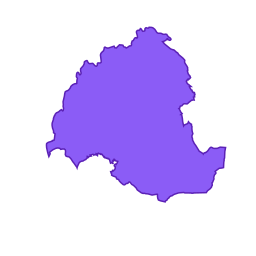 the district of Yahualica, Hidalgo, Mexico, rotated 159°
{"feature_id": "50627088B30826569642234", "entity_name": "Yahualica", "entity_type": "district", "adm_level": 2, "iso_a3": "MEX", "parent_name": "Mexico", "parent_adm1": "Hidalgo", "projection": "robinson", "projection_center": [-98.388, 20.92], "detail": "fine", "context": "isolated", "style": "filled", "palette": "violet", "viewbox_px": 256, "rotation_deg": 159, "n_neighbors": 0, "source": "geoboundaries", "source_scale": "gbopen_adm2", "svg_char_len": 5795}
<svg xmlns="http://www.w3.org/2000/svg" viewBox="0 0 256 256"><g transform="rotate(159 128 128)"><path d="M53.0,56.8L50.9,61.6L49.7,63.6L49.5,64.4L48.6,65.4L46.0,71.4L43.9,74.8L48.8,77.1L52.0,77.0L53.5,77.6L54.3,77.8L55.6,78.5L56.9,80.0L57.5,80.3L58.5,80.1L60.1,79.2L61.5,78.2L62.9,77.6L63.7,77.3L64.5,77.4L64.8,77.2L65.3,77.4L65.8,77.4L66.6,77.1L67.0,76.8L67.0,77.1L69.8,80.8L71.0,87.3L71.7,89.8L71.9,92.5L72.1,93.2L71.5,95.4L71.6,96.3L71.3,97.2L71.0,98.0L69.5,99.4L69.3,101.6L69.1,102.7L68.4,105.1L67.8,106.2L67.8,108.2L67.4,108.7L68.7,110.5L69.1,111.1L69.2,111.9L69.3,112.2L70.5,110.9L71.3,110.7L73.7,110.7L74.3,110.6L74.9,110.3L75.3,110.0L74.7,114.2L73.8,117.5L73.2,120.7L73.3,121.2L73.8,121.5L72.3,122.0L73.0,123.9L73.3,127.4L73.5,127.9L72.7,127.9L71.9,129.1L71.3,129.7L69.8,129.4L68.0,130.4L67.1,130.5L66.5,130.4L64.2,129.3L63.1,129.6L62.2,130.0L58.8,131.1L56.7,130.7L56.2,130.4L55.8,133.4L54.6,133.2L54.3,134.9L53.6,135.8L53.5,135.7L53.3,137.3L53.9,137.9L54.2,137.9L54.4,137.7L54.9,138.7L54.7,140.4L55.3,140.8L55.7,142.8L55.9,144.7L55.8,144.8L54.3,144.2L54.6,144.8L55.3,145.7L55.4,146.2L55.8,146.7L56.5,147.9L56.8,149.0L56.9,150.3L56.8,150.6L56.5,150.7L56.5,151.1L54.8,152.0L54.5,152.1L54.5,151.4L52.4,152.1L51.5,152.7L51.7,153.6L51.4,154.1L51.8,154.8L52.4,157.1L52.1,160.2L51.4,160.5L51.2,161.9L50.7,162.7L50.8,164.4L51.6,168.2L51.6,168.9L51.3,169.9L50.7,170.9L51.6,173.4L54.4,178.4L54.6,180.0L55.1,180.9L55.7,181.2L55.9,182.1L57.2,184.5L58.2,185.1L59.9,186.6L63.9,193.6L64.7,196.2L63.6,195.9L62.9,196.3L61.5,196.2L59.5,197.3L59.1,197.3L58.9,197.2L58.9,196.9L59.4,196.6L59.3,196.3L58.2,195.5L57.8,195.0L57.2,194.8L56.2,195.2L56.1,195.6L56.3,196.1L56.1,196.3L56.6,197.4L57.3,198.2L57.7,199.0L58.2,200.8L58.2,201.4L59.1,202.1L60.2,202.3L61.8,203.0L62.9,204.3L63.9,204.9L65.8,205.6L66.8,206.7L67.4,209.6L67.7,210.7L68.9,212.7L70.0,213.5L72.2,214.5L72.6,214.1L73.2,214.0L74.1,214.3L75.1,215.1L75.7,215.1L76.6,214.6L77.4,212.8L78.3,212.7L79.6,213.0L80.0,214.1L80.0,214.9L80.4,216.1L80.8,216.4L81.8,215.5L82.3,215.2L82.8,215.1L83.3,215.6L84.3,215.7L85.4,215.2L85.9,214.1L86.2,210.7L86.8,209.0L87.5,208.8L87.6,209.1L88.6,209.6L89.6,209.5L91.7,207.8L93.0,207.7L94.5,205.8L94.7,204.9L95.0,204.2L95.8,203.7L97.3,204.1L99.4,203.5L100.8,203.3L101.1,203.5L101.6,204.5L102.7,205.1L103.0,205.8L103.0,207.0L104.1,207.8L105.0,208.0L105.7,208.6L106.2,208.7L107.9,207.9L108.7,207.7L109.4,207.2L110.0,206.9L111.5,207.5L111.7,209.4L118.2,209.7L118.3,209.9L119.6,210.7L120.5,211.8L121.3,211.6L122.2,210.0L123.3,208.8L124.3,208.5L125.8,207.8L126.6,207.3L127.6,206.0L129.0,200.1L129.6,198.9L130.4,198.7L131.1,198.8L132.6,199.5L132.9,199.5L133.7,198.9L133.8,198.2L134.4,197.4L135.2,197.0L136.2,197.5L136.7,198.4L137.4,200.3L137.8,201.0L140.7,201.8L141.4,202.4L141.9,203.9L141.9,205.2L142.2,205.7L142.9,205.8L144.1,205.7L145.1,205.3L145.9,203.6L147.4,202.2L151.0,200.3L151.8,198.4L152.1,196.0L153.2,194.9L154.0,195.0L154.3,195.9L154.1,196.7L154.3,197.4L154.9,198.0L155.2,198.0L155.8,197.8L156.4,197.2L157.2,195.8L157.4,195.2L157.7,194.8L157.8,194.0L157.5,193.0L157.5,192.5L157.7,192.0L158.4,191.2L159.9,187.9L160.4,187.9L160.7,188.1L162.2,188.4L164.2,188.2L166.3,187.4L167.8,185.9L169.5,184.9L170.5,184.6L171.5,184.5L172.2,184.6L173.6,184.3L174.8,182.7L176.0,180.5L179.2,175.8L180.1,172.8L180.8,171.6L181.1,169.5L182.1,167.7L182.5,167.4L182.9,167.4L183.7,169.0L185.4,168.6L186.5,168.1L187.3,167.9L189.4,167.8L191.1,166.9L191.8,166.0L192.4,165.5L192.5,165.6L194.2,163.7L194.2,163.2L197.0,159.8L197.5,158.8L198.0,157.4L198.5,154.9L198.5,153.1L198.6,151.8L199.2,150.3L198.2,148.7L201.2,143.2L203.1,143.4L203.2,142.9L207.6,143.2L209.5,142.7L210.2,141.4L211.0,138.9L211.8,133.7L212.1,129.7L209.9,131.8L210.0,133.4L206.1,134.6L202.6,134.9L200.6,134.5L199.0,133.5L198.5,132.2L197.7,132.0L196.9,132.0L196.3,131.6L195.2,131.4L194.4,130.3L194.6,128.7L196.1,125.6L195.9,123.9L194.7,122.9L194.2,122.8L193.5,122.2L192.8,121.0L192.2,119.3L191.6,116.2L191.1,114.8L190.2,111.1L189.8,109.9L189.8,109.1L189.1,110.1L186.0,113.1L185.3,113.4L183.5,113.7L181.9,113.3L180.1,113.7L178.7,113.7L177.4,114.5L176.3,114.6L176.4,115.8L176.2,116.1L175.3,114.9L174.3,115.4L172.4,115.0L172.8,116.3L172.1,116.1L170.1,116.0L169.5,115.4L169.6,114.9L168.4,115.0L168.0,114.9L167.9,114.6L167.5,114.4L167.4,114.9L167.0,115.4L166.8,115.0L166.4,115.0L166.9,114.0L166.4,113.2L165.6,114.9L164.9,115.1L164.9,114.7L163.9,114.2L163.3,114.2L163.1,113.9L163.2,113.6L162.4,113.3L162.7,113.0L161.5,112.4L161.4,111.3L160.8,110.4L161.1,110.4L160.9,109.8L161.0,109.6L160.3,109.2L160.4,108.6L158.1,107.1L158.4,107.0L156.6,105.5L156.9,101.4L155.4,101.5L155.1,100.5L154.8,100.4L155.0,101.7L154.3,101.7L153.7,102.3L153.9,103.0L153.3,103.3L152.8,103.0L152.2,103.8L151.8,103.5L151.6,102.4L151.8,102.1L149.5,100.5L150.6,99.3L152.3,98.1L152.8,98.9L154.0,98.3L154.4,97.6L154.3,97.2L153.7,96.3L154.2,95.6L154.5,94.7L155.6,93.8L156.3,93.7L157.2,93.2L157.7,93.5L157.8,93.8L158.7,92.9L159.8,93.4L159.9,91.5L159.7,91.0L160.2,89.8L159.2,88.6L156.8,86.5L156.7,85.3L156.9,84.8L156.7,84.4L155.3,83.3L155.0,81.5L154.2,79.5L152.7,76.8L151.7,76.2L151.2,76.2L149.5,76.8L148.1,76.4L146.5,77.2L145.9,77.1L145.5,76.6L144.7,74.0L143.4,72.4L141.9,69.2L141.5,66.8L138.8,62.7L137.5,61.6L136.0,61.1L135.0,60.3L132.9,59.3L129.6,56.8L124.6,55.8L124.3,55.5L125.1,53.2L125.4,51.7L125.4,49.9L123.8,48.4L119.8,45.7L119.4,46.3L118.6,46.6L117.8,46.6L117.2,46.9L116.5,47.6L114.6,48.2L114.5,48.5L113.6,48.9L112.2,49.2L111.5,48.9L110.1,49.2L109.7,49.4L108.4,49.5L104.0,49.3L99.0,47.8L98.2,47.0L92.5,44.8L91.7,44.2L90.3,43.8L90.1,43.9L78.1,39.6L76.3,40.9L72.9,41.9L71.1,43.0L70.7,43.7L69.9,44.3L69.5,45.5L69.4,46.2L69.2,46.7L68.7,46.8L66.0,49.6L65.6,51.3L65.0,52.1L64.6,52.5L64.1,53.2L62.3,54.1L62.0,54.6L62.2,56.3L57.3,57.7L54.7,57.0L53.0,56.8Z" fill="#8b5cf6" stroke="#5b21b6" stroke-width="1.5"/></g></svg>